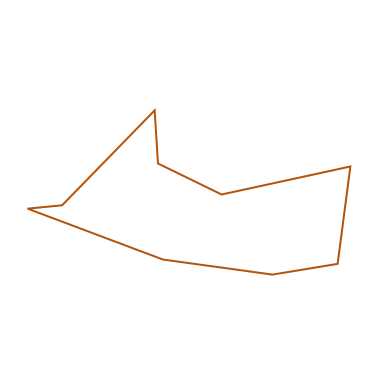 Anse Royale, Albers equal-area conic projection, rotated 282°
{"feature_id": "SYC-5202", "entity_name": "Anse Royale", "entity_type": "state/province", "adm_level": 1, "iso_a3": "SYC", "parent_name": "Seychelles", "parent_adm1": "", "projection": "albers", "projection_center": [55.515, -4.746], "detail": "fine", "context": "isolated", "style": "outline", "palette": "amber", "viewbox_px": 384, "rotation_deg": 282, "n_neighbors": 0, "source": "natural_earth", "source_scale": "10m", "svg_char_len": 296}
<svg xmlns="http://www.w3.org/2000/svg" viewBox="0 0 384 384"><g transform="rotate(282 192 192)"><path d="M264.1,138.5L212.8,152.8L195.7,221.4L249.9,341.6L152.0,349.4L127.9,287.7L119.9,177.7L123.7,152.3L141.5,34.6L152.0,67.7L264.1,138.5Z" fill="none" stroke="#b45309" stroke-width="2"/></g></svg>